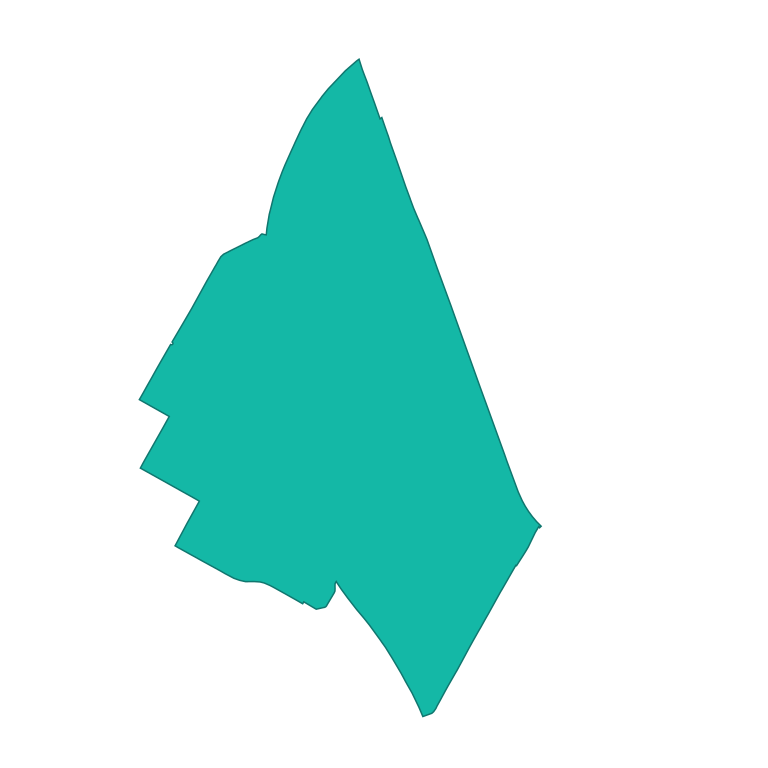 Subiaco, Western Australia, Australia (Equal Earth projection), rotated 299°
{"feature_id": "25037944B24614013246759", "entity_name": "Subiaco", "entity_type": "district", "adm_level": 2, "iso_a3": "AUS", "parent_name": "Australia", "parent_adm1": "Western Australia", "projection": "equal_earth", "projection_center": [115.818, -31.953], "detail": "fine", "context": "isolated", "style": "filled", "palette": "teal", "viewbox_px": 768, "rotation_deg": 299, "n_neighbors": 0, "source": "geoboundaries", "source_scale": "gbopen_adm2", "svg_char_len": 2859}
<svg xmlns="http://www.w3.org/2000/svg" viewBox="0 0 768 768"><g transform="rotate(299 384 384)"><path d="M141.2,279.7L141.2,280.0L141.1,283.2L141.1,283.7L141.1,291.0L141.1,297.7L141.1,311.0L141.2,331.6L141.1,336.8L141.3,346.9L142.3,352.9L144.0,358.7L148.2,366.1L150.8,371.6L151.9,375.8L152.5,381.8L152.6,385.6L152.6,388.6L152.6,392.2L152.5,411.7L152.4,417.3L152.4,419.4L154.6,419.5L154.2,432.6L154.2,433.9L159.0,439.3L159.8,440.3L160.5,440.8L161.1,441.1L162.1,441.3L163.9,441.3L177.2,441.7L179.1,441.5L181.3,440.4L182.8,439.5L185.6,438.0L187.4,437.9L188.1,438.0L187.6,438.8L183.7,446.3L179.4,455.6L173.4,469.6L170.4,477.5L169.4,480.1L166.1,488.1L157.9,505.7L157.5,506.4L154.4,512.9L150.1,520.6L148.4,523.7L139.6,538.7L136.3,543.9L134.2,547.1L127.3,558.4L118.1,571.4L112.0,579.2L118.4,584.8L119.2,585.5L121.5,586.3L125.4,586.7L128.1,586.5L135.4,586.5L145.2,586.4L150.8,586.4L165.3,586.6L169.3,586.7L179.9,586.6L187.6,586.5L194.8,586.4L199.7,586.4L202.5,586.4L214.5,586.5L217.7,586.6L226.9,586.6L234.0,586.7L250.0,586.7L258.7,586.7L261.0,586.8L273.3,587.0L275.0,587.0L288.1,587.2L289.3,587.2L289.3,588.0L294.0,588.3L301.5,588.8L307.3,589.1L311.3,589.2L327.3,588.3L334.3,588.5L333.7,589.8L335.8,590.4L337.6,584.2L339.9,578.1L342.6,572.2L345.6,566.7L348.9,561.5L354.7,553.7L376.5,528.4L378.5,526.2L381.0,523.4L414.4,485.1L428.3,469.1L451.3,442.9L452.6,441.4L483.0,406.8L484.1,405.6L487.2,402.0L511.4,374.0L515.3,369.6L531.1,351.7L533.8,348.3L543.6,335.7L544.4,334.7L545.0,333.8L552.1,324.7L558.2,317.6L558.7,317.1L567.2,307.2L570.9,303.1L578.3,294.9L584.4,288.1L591.9,279.6L593.3,278.0L598.1,272.6L602.7,267.8L605.4,264.7L611.4,258.0L615.1,253.9L616.0,252.9L614.0,252.0L626.2,238.3L626.7,237.7L632.4,231.2L639.8,222.9L645.5,216.1L648.6,212.5L652.1,208.8L656.0,204.7L653.2,203.4L639.1,198.3L632.8,196.7L615.5,192.2L605.7,190.4L603.8,190.2L595.6,189.1L589.4,188.3L587.5,188.2L587.0,188.2L578.5,187.8L572.2,188.0L570.0,188.1L568.2,188.1L564.3,188.3L552.6,189.1L548.1,189.5L542.8,189.9L527.8,191.2L520.9,192.0L519.5,192.2L511.5,193.4L508.5,193.9L495.3,196.5L493.8,196.8L479.8,200.6L479.3,200.7L476.7,201.4L471.9,203.1L463.7,206.0L457.4,208.7L456.8,207.2L456.1,204.5L454.8,203.9L452.5,203.4L450.7,202.7L446.9,199.5L440.2,194.7L429.1,187.1L426.8,185.5L419.8,180.8L416.3,179.6L411.2,179.4L406.2,179.4L404.3,179.3L401.6,179.3L388.4,179.1L356.9,179.2L342.7,178.9L319.2,178.3L318.0,178.3L318.0,178.7L317.8,179.0L317.6,179.4L317.4,179.6L317.1,179.8L316.7,179.9L316.4,179.9L316.0,179.8L315.7,179.6L315.5,179.4L315.3,179.0L315.1,178.7L315.1,178.2L295.4,177.9L285.6,177.8L277.9,177.8L266.1,177.7L259.4,177.7L251.7,177.6L251.5,211.9L243.8,211.9L237.4,211.9L201.5,211.6L198.4,211.6L192.3,211.7L192.3,218.8L192.1,276.0L192.0,279.3L183.7,279.3L180.9,279.3L180.6,279.3L166.4,279.3L148.5,279.6L143.7,279.7L141.2,279.7Z" fill="#14b8a6" stroke="#0f766e" stroke-width="1.5"/></g></svg>